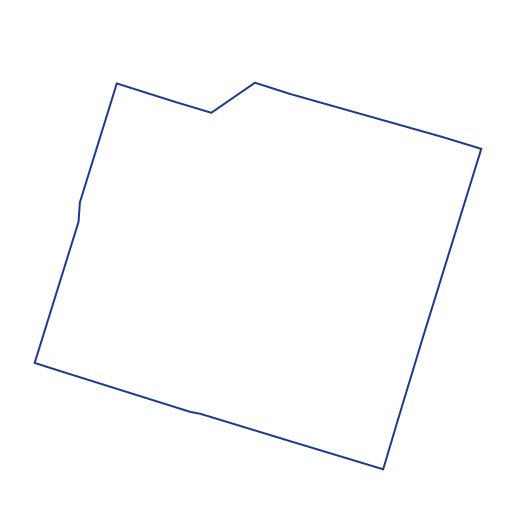 Panola, Mississippi, United States of America (Equal Earth projection), rotated 107°
{"feature_id": "52423323B80158894867662", "entity_name": "Panola", "entity_type": "district", "adm_level": 2, "iso_a3": "USA", "parent_name": "United States of America", "parent_adm1": "Mississippi", "projection": "equal_earth", "projection_center": [-89.93, 34.357], "detail": "fine", "context": "isolated", "style": "outline", "palette": "blue", "viewbox_px": 512, "rotation_deg": 107, "n_neighbors": 0, "source": "geoboundaries", "source_scale": "gbopen_adm2", "svg_char_len": 409}
<svg xmlns="http://www.w3.org/2000/svg" viewBox="0 0 512 512"><g transform="rotate(107 256 256)"><path d="M423.3,409.3L424.3,273.6L423.2,263.2L423.1,170.5L423.1,168.3L422.8,72.0L373.1,72.4L323.5,72.5L286.4,72.6L87.7,71.9L87.7,112.3L91.1,271.5L90.6,307.7L132.1,340.6L132.3,378.1L131.7,439.6L143.2,439.6L256.2,440.1L275.2,435.7L423.0,436.4L423.3,409.3Z" fill="none" stroke="#1e3a8a" stroke-width="2"/></g></svg>